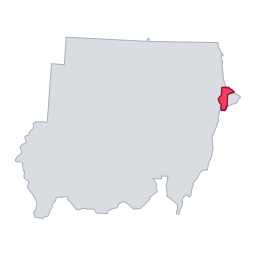 location of Tawkar, Red Sea, Sudan
{"feature_id": "16777658B45805430370558", "entity_name": "Tawkar", "entity_type": "district", "adm_level": 2, "iso_a3": "SDN", "parent_name": "Sudan", "parent_adm1": "Red Sea", "projection": "albers", "projection_center": [37.526, 17.9], "detail": "fine", "context": "in_parent", "style": "filled", "palette": "rose", "viewbox_px": 256, "rotation_deg": 0, "n_neighbors": 0, "source": "geoboundaries", "source_scale": "gbopen_adm2", "svg_char_len": 5061}
<svg xmlns="http://www.w3.org/2000/svg" viewBox="0 0 256 256"><path d="M179.2,214.1L176.7,214.1L176.4,213.5L176.5,211.8L176.8,210.6L177.7,208.6L177.5,207.6L177.7,206.0L177.1,204.3L171.1,199.1L169.9,197.7L166.6,196.3L167.2,194.9L166.1,184.6L166.8,183.4L167.1,181.6L167.1,180.0L167.9,177.4L168.0,176.3L161.6,176.0L161.5,177.2L161.8,178.4L161.7,178.9L152.7,178.7L156.2,182.9L156.3,184.7L156.1,186.9L156.1,188.3L156.3,189.2L157.2,191.1L157.1,191.4L156.9,191.8L150.3,197.0L149.2,199.5L148.3,200.8L146.3,202.9L140.3,208.5L139.3,208.8L134.8,208.9L134.4,209.0L134.0,209.3L133.8,209.2L130.1,205.7L123.8,201.4L119.5,203.3L118.3,204.0L118.2,206.0L117.5,207.0L116.3,208.0L113.1,208.5L111.5,209.1L109.5,210.1L107.5,211.8L107.3,212.8L107.4,213.6L96.5,213.1L95.9,212.3L94.4,209.2L93.3,209.4L83.4,208.5L82.0,208.7L79.1,209.8L77.6,209.9L76.2,209.3L71.3,203.0L70.3,202.2L69.2,200.7L68.1,200.0L67.7,199.5L67.7,198.9L67.8,197.5L67.5,196.7L66.7,196.5L59.6,197.4L58.6,197.2L57.1,197.3L56.6,197.5L56.0,198.3L55.7,199.9L55.5,200.7L54.9,201.6L52.8,203.5L52.3,204.3L52.2,206.6L52.0,207.7L51.7,208.2L50.7,209.0L50.4,209.5L49.8,212.3L48.6,213.9L48.3,214.5L48.2,215.8L48.0,216.1L44.7,216.9L43.5,217.4L42.7,218.4L42.5,218.8L41.2,218.3L39.4,217.9L36.1,217.4L34.8,216.8L34.3,216.1L34.6,214.4L34.3,214.0L33.8,213.7L33.5,212.9L33.6,212.0L35.5,210.1L36.0,209.1L36.8,204.1L36.8,202.6L35.6,199.6L32.8,194.5L32.1,193.5L28.5,189.2L28.1,188.6L27.2,186.8L28.6,183.2L28.7,182.2L28.5,181.1L27.6,180.2L26.7,180.1L25.6,179.0L24.9,178.5L24.3,177.5L23.9,176.3L24.6,171.9L24.4,171.3L23.5,171.1L23.2,170.8L23.4,169.9L23.0,167.4L22.6,165.3L23.0,164.2L22.3,162.5L20.7,161.7L17.6,162.0L16.6,161.8L16.0,161.5L15.5,160.9L15.4,160.2L15.7,159.2L16.7,157.4L17.9,156.0L20.3,154.8L21.0,154.1L21.4,153.3L21.5,152.3L21.4,151.3L21.3,150.4L20.7,149.1L20.2,147.7L20.3,146.7L20.6,146.0L21.3,145.3L23.6,143.8L26.0,142.7L26.4,142.2L26.3,141.7L25.4,140.5L25.2,138.3L24.8,136.7L26.0,135.7L26.9,135.4L28.3,135.1L28.8,134.7L29.0,133.8L29.1,132.9L29.6,132.3L30.3,131.0L30.9,130.4L32.8,129.0L33.2,127.9L33.4,127.0L33.2,123.9L34.3,122.7L35.6,121.7L37.4,121.9L40.3,121.9L42.3,121.6L43.6,121.8L46.7,122.6L47.1,122.3L47.3,121.5L51.5,63.7L64.2,64.6L64.4,64.5L66.2,37.2L145.7,41.3L146.4,41.2L147.7,38.7L148.3,38.5L149.1,38.7L149.3,39.3L148.6,41.4L218.1,42.6L218.2,45.7L218.8,48.2L220.8,51.8L222.4,53.7L223.0,54.8L223.1,55.3L223.0,55.8L222.5,55.2L221.6,54.9L221.5,56.5L221.9,60.0L222.6,62.4L222.1,64.6L222.2,68.4L223.1,72.9L222.9,75.8L224.3,82.5L225.8,86.3L226.5,87.2L227.4,87.7L229.1,88.0L231.6,89.9L233.6,91.9L234.3,92.9L235.3,94.1L236.0,93.9L236.4,93.6L237.0,94.5L240.2,96.5L240.6,97.4L239.5,98.3L238.2,99.9L237.6,101.4L237.2,101.9L236.2,102.8L236.0,103.2L235.6,103.5L235.1,103.5L234.0,104.0L233.0,103.9L232.0,104.2L231.7,104.5L230.9,104.8L229.8,105.0L228.2,106.2L226.8,106.8L226.3,107.3L225.5,109.8L225.0,110.4L222.8,110.5L221.8,110.7L220.4,110.4L219.7,110.5L219.5,111.0L219.2,113.1L219.3,114.0L218.1,116.4L218.4,120.9L217.2,124.3L217.0,125.1L215.9,127.8L215.3,128.8L213.7,133.8L213.1,135.3L211.9,136.9L213.1,148.9L212.0,152.6L212.0,154.6L211.3,157.6L210.7,158.9L209.7,160.6L208.8,162.4L208.1,164.9L207.6,169.5L207.4,169.9L203.5,170.4L202.3,170.7L201.5,171.2L200.5,172.4L198.4,175.6L197.4,177.6L195.7,180.3L193.8,182.2L193.4,183.1L193.1,184.9L192.3,187.6L191.7,189.6L191.7,191.1L191.1,193.8L191.2,195.2L190.5,195.9L189.6,196.6L189.0,196.8L186.3,194.9L184.4,196.1L183.1,197.9L182.2,199.6L182.6,203.4L182.6,204.2L182.3,205.1L180.4,208.8L179.9,210.5L179.2,213.4L179.2,214.1Z" fill="#d9dde1" stroke="#a8b0b8" stroke-width="1"/><path d="M233.7,92.4L233.8,92.2L234.1,92.0L234.2,91.9L234.0,91.7L233.8,91.6L233.6,91.5L233.5,91.4L233.4,91.4L233.2,91.2L232.9,91.0L232.8,90.8L232.6,90.7L232.4,90.4L232.3,90.2L232.2,90.1L231.9,89.8L231.7,89.7L231.4,89.5L231.3,89.4L231.1,89.4L230.8,89.3L230.7,89.2L230.4,89.2L230.2,89.1L230.0,88.9L229.9,88.8L229.8,88.7L229.7,88.6L229.6,88.4L229.4,88.2L229.3,87.9L229.1,87.8L228.9,87.8L228.7,87.8L228.6,87.7L228.4,87.4L228.3,87.5L228.2,87.6L227.9,87.7L227.7,87.7L227.4,87.7L227.2,87.7L227.1,87.8L227.0,87.7L226.9,87.7L226.7,87.7L226.5,87.4L226.4,87.4L226.2,87.2L225.6,87.3L224.9,87.3L223.8,87.4L221.8,87.5L221.7,87.6L221.6,92.3L221.5,95.1L219.8,96.9L218.2,99.1L218.6,99.9L218.9,100.6L219.1,101.4L220.0,103.2L220.9,104.1L221.1,104.4L221.3,105.3L221.1,106.0L221.2,106.3L220.9,107.4L220.9,108.0L221.2,109.9L221.1,110.1L221.1,110.3L221.3,110.4L221.5,110.4L221.8,110.4L222.1,110.4L222.3,110.2L222.5,110.2L222.8,110.2L223.0,110.1L223.3,110.1L223.5,110.1L223.6,109.9L223.8,110.0L224.0,110.1L224.2,110.3L224.3,110.4L224.5,110.5L224.8,110.5L224.8,110.3L224.9,110.2L225.0,110.1L225.0,109.9L225.3,109.9L225.4,109.7L225.5,109.6L225.5,109.4L225.7,109.2L225.8,108.8L225.9,108.7L226.0,108.6L226.3,108.5L226.2,108.4L226.0,108.2L226.1,107.9L226.2,107.7L226.3,107.7L226.2,107.4L226.2,107.2L226.2,106.9L226.3,106.8L226.3,106.7L226.5,106.6L227.2,106.3L227.2,106.2L227.2,102.8L227.2,102.0L227.3,99.7L227.4,97.6L227.6,95.4L227.9,94.6L228.0,94.4L228.2,94.0L233.7,92.5L233.7,92.4Z" fill="#f43f5e" stroke="#9f1239" stroke-width="1.5"/></svg>